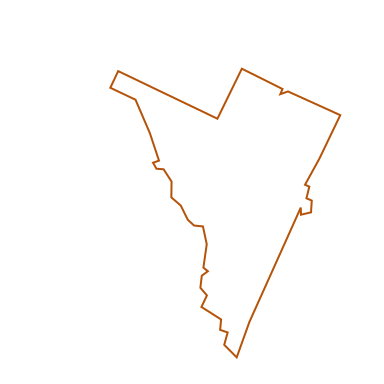 Baker, Georgia, United States of America, rotated 114°
{"feature_id": "52423323B71262883524424", "entity_name": "Baker", "entity_type": "district", "adm_level": 2, "iso_a3": "USA", "parent_name": "United States of America", "parent_adm1": "Georgia", "projection": "orthographic", "projection_center": [-84.4, 31.267], "detail": "fine", "context": "isolated", "style": "outline", "palette": "amber", "viewbox_px": 384, "rotation_deg": 114, "n_neighbors": 0, "source": "geoboundaries", "source_scale": "gbopen_adm2", "svg_char_len": 664}
<svg xmlns="http://www.w3.org/2000/svg" viewBox="0 0 384 384"><g transform="rotate(114 192 192)"><path d="M59.1,196.6L114.7,198.6L111.6,308.6L130.0,309.0L130.7,281.1L155.4,254.4L176.8,234.9L181.1,239.5L185.2,233.9L182.8,227.2L190.8,214.9L205.3,208.7L209.0,196.7L219.1,184.5L221.8,176.5L219.0,168.0L233.7,157.3L256.5,150.8L257.9,145.3L264.5,149.0L276.1,145.4L280.4,136.3L293.2,136.6L296.6,113.6L306.5,110.2L305.8,102.3L318.5,100.4L324.9,83.9L287.5,86.7L171.7,86.3L162.0,86.3L168.4,83.2L162.2,75.0L151.1,79.1L151.2,84.9L139.4,87.0L139.4,91.7L109.8,89.2L61.5,87.8L61.1,145.2L66.7,151.1L61.1,151.2L59.1,196.6Z" fill="none" stroke="#b45309" stroke-width="2"/></g></svg>